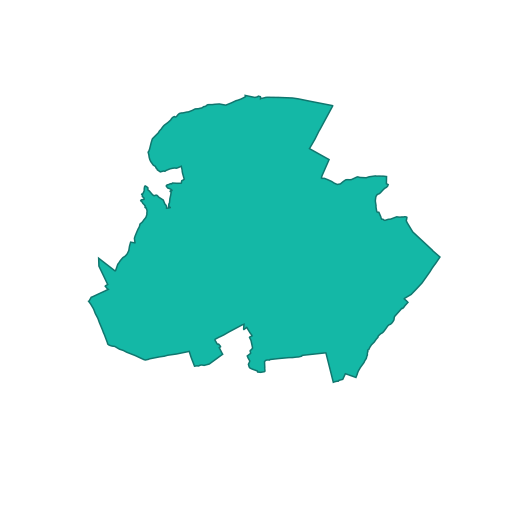 outline of Mihai Bravu, Tulcea, Romania, rotated 41°
{"feature_id": "2599482B59610234858680", "entity_name": "Mihai Bravu", "entity_type": "district", "adm_level": 2, "iso_a3": "ROU", "parent_name": "Romania", "parent_adm1": "Tulcea", "projection": "albers", "projection_center": [28.649, 44.954], "detail": "fine", "context": "isolated", "style": "filled", "palette": "teal", "viewbox_px": 512, "rotation_deg": 41, "n_neighbors": 0, "source": "geoboundaries", "source_scale": "gbopen_adm2", "svg_char_len": 6131}
<svg xmlns="http://www.w3.org/2000/svg" viewBox="0 0 512 512"><g transform="rotate(41 256 256)"><path d="M411.1,282.1L409.9,278.7L409.4,277.7L408.7,275.7L407.9,271.5L407.5,266.7L407.4,265.6L406.8,263.6L406.5,261.1L405.3,258.7L405.0,257.6L404.0,256.6L403.5,255.7L403.1,254.7L402.8,254.7L402.2,253.8L402.1,253.5L402.5,252.6L401.9,250.7L401.4,247.4L401.7,243.3L401.3,239.8L401.4,237.6L401.2,237.0L400.8,236.6L400.8,235.6L401.1,232.8L401.6,231.7L401.9,230.2L401.9,228.6L401.7,226.0L401.3,222.3L401.5,220.7L402.2,219.4L402.4,218.5L402.5,217.6L402.4,215.8L402.1,214.0L401.7,213.2L400.8,211.9L400.3,210.8L400.4,199.8L401.1,199.4L401.2,197.4L401.0,195.9L401.1,191.3L399.0,191.1L396.0,191.1L396.0,190.1L398.3,183.3L398.7,176.1L399.0,167.6L397.6,153.7L396.9,149.5L396.5,145.3L396.5,144.3L395.5,136.1L385.9,136.1L385.2,135.9L358.5,135.0L347.6,131.5L347.6,131.4L346.2,130.8L345.5,129.3L344.5,127.8L343.9,127.9L342.9,128.5L342.4,128.9L341.6,129.9L340.3,131.0L339.6,131.8L338.6,132.7L336.5,134.1L333.3,140.0L331.7,141.6L330.0,144.5L329.2,144.9L327.6,145.0L326.7,145.8L325.2,145.1L324.4,144.5L320.1,142.4L319.8,142.5L318.9,143.3L318.3,143.3L317.8,143.1L314.4,140.3L313.5,139.2L310.4,136.6L309.5,135.6L307.4,132.4L307.4,131.4L307.1,130.2L307.4,129.5L308.0,128.4L308.2,127.9L308.4,126.6L308.5,123.1L308.7,120.6L309.4,118.6L309.5,116.9L308.9,115.4L307.0,115.9L302.4,110.4L300.0,112.0L295.9,115.4L294.8,116.5L293.6,117.2L289.4,122.0L287.8,124.7L282.8,128.6L280.9,129.5L280.4,130.1L277.9,135.7L276.9,136.8L274.9,138.4L273.9,139.4L273.3,141.2L272.9,143.0L272.4,146.2L270.4,148.7L267.2,149.7L264.2,150.1L260.5,151.2L256.7,152.5L254.9,154.1L254.2,154.2L253.2,152.3L247.9,135.3L225.9,139.9L223.8,129.0L221.6,120.6L221.2,118.3L215.5,92.7L215.3,92.3L214.9,92.4L194.8,104.0L184.9,109.6L179.9,112.8L169.4,121.2L160.5,128.7L159.4,129.8L157.4,132.7L156.3,133.8L156.2,134.3L155.4,133.3L154.8,132.9L152.9,133.8L152.6,135.1L151.1,137.1L142.5,141.9L143.5,142.8L142.7,145.0L141.7,147.4L140.1,150.3L139.0,151.9L137.0,156.5L134.2,162.0L128.6,165.3L125.2,168.7L123.7,170.4L121.4,172.4L120.4,173.4L120.0,174.3L119.7,176.2L118.6,177.5L117.9,180.0L116.9,181.1L116.1,182.4L113.6,184.9L112.3,188.1L110.3,191.9L109.6,192.4L106.8,196.2L106.3,196.5L105.1,198.0L104.7,198.7L104.5,199.7L104.4,201.0L104.5,202.1L104.4,202.9L104.3,203.6L103.7,204.2L102.9,204.3L102.4,205.4L102.2,206.2L102.1,207.6L102.4,209.4L101.9,213.3L101.0,217.3L100.9,218.9L101.0,220.9L101.2,222.0L101.1,225.2L101.5,227.0L100.9,235.3L101.1,236.0L102.6,239.4L105.5,245.0L106.3,247.1L106.7,248.4L106.6,248.5L108.8,250.0L110.5,251.5L112.6,252.9L114.6,253.8L118.9,254.8L121.2,254.4L122.1,254.7L122.6,255.1L124.3,255.3L125.0,255.7L128.6,255.3L130.5,252.5L131.7,251.8L132.0,250.5L133.2,248.1L133.9,246.7L135.2,244.9L136.7,243.1L138.4,241.9L139.1,240.7L140.7,237.3L144.0,239.7L144.5,240.3L146.1,241.6L151.4,245.1L151.3,246.0L150.6,247.9L150.9,248.6L151.7,249.7L151.8,249.9L151.6,250.4L148.5,253.1L145.1,255.7L145.0,256.1L145.0,256.9L144.3,257.3L143.5,258.5L143.4,259.1L142.4,260.5L142.2,261.0L142.2,261.8L142.6,262.2L144.1,262.5L144.5,262.4L145.0,262.6L146.2,262.0L148.0,261.5L149.4,261.5L149.6,261.7L149.5,262.0L148.8,262.7L148.7,263.1L148.7,263.4L148.9,263.6L150.1,263.5L150.3,263.7L150.7,264.5L151.5,265.7L153.4,269.2L155.6,272.3L156.1,273.3L156.1,273.8L156.3,273.8L156.4,274.3L156.9,275.0L157.2,275.1L157.3,275.6L157.6,275.9L157.7,275.7L157.9,275.6L158.3,275.9L158.7,275.8L158.9,276.2L159.1,275.7L159.4,275.6L159.5,275.7L157.7,278.1L157.1,278.6L156.4,277.7L155.7,277.1L154.1,276.6L153.2,276.6L149.3,274.6L143.9,275.4L142.6,275.2L141.3,275.2L140.6,275.7L139.5,277.4L138.3,277.6L136.7,277.5L132.9,276.9L131.2,277.0L130.8,276.8L129.8,275.6L129.4,275.4L127.7,275.5L126.4,275.8L126.3,276.1L126.4,276.7L127.3,278.3L128.8,280.1L129.1,280.9L129.8,283.7L129.2,284.1L129.2,284.3L129.3,284.5L130.1,284.4L131.1,285.6L131.4,285.7L133.0,285.6L134.1,286.3L134.3,286.5L134.3,286.9L134.2,287.1L133.2,288.0L132.6,288.9L132.6,289.5L132.7,289.9L133.1,290.0L133.6,289.7L136.1,290.5L138.4,290.7L138.9,290.9L139.4,290.8L140.4,292.1L141.0,291.7L141.3,291.7L141.6,292.1L142.5,292.3L144.2,293.4L145.6,295.4L146.3,296.0L147.4,298.6L147.6,299.6L147.7,303.0L147.9,303.9L147.9,305.4L147.5,307.8L147.6,308.3L148.0,308.8L148.9,310.9L149.3,313.0L150.3,316.2L151.6,320.0L152.3,321.7L152.7,322.5L153.7,323.4L156.0,325.4L156.0,325.5L155.1,326.1L152.3,327.8L154.1,331.6L156.4,335.3L157.4,338.9L157.4,341.4L157.2,342.8L156.8,343.7L156.6,344.8L156.6,345.7L156.6,347.5L156.7,349.3L157.0,350.8L157.1,352.9L159.6,359.1L159.6,359.4L159.1,359.8L158.6,359.8L138.7,360.9L144.1,366.7L162.8,374.8L162.0,377.1L162.0,377.7L165.0,378.2L166.4,378.1L159.3,394.2L158.7,395.2L159.6,399.6L159.4,400.0L162.7,400.7L167.2,402.2L168.5,402.7L172.6,404.9L177.6,406.8L181.5,409.0L188.8,412.6L191.1,413.9L193.1,414.8L200.7,418.9L201.8,419.7L203.2,419.7L204.5,419.3L206.5,418.4L208.7,416.9L214.1,415.9L217.9,414.3L221.4,413.5L230.1,410.4L239.2,407.8L240.7,407.1L242.6,404.6L243.1,403.5L249.3,395.5L252.6,391.7L254.4,388.9L260.4,382.0L268.2,371.8L273.4,375.0L281.9,379.5L283.3,377.8L284.8,376.7L285.5,375.1L286.0,374.4L286.6,373.8L288.6,372.6L291.6,368.2L295.3,352.0L294.3,351.7L288.4,349.3L288.8,347.8L288.5,347.5L285.6,347.0L285.1,347.7L284.7,347.8L283.7,347.7L283.0,347.3L280.4,346.5L280.0,346.2L279.8,345.6L281.5,341.1L281.9,340.4L283.5,336.6L285.3,331.3L290.8,317.0L291.7,315.4L294.2,318.8L294.8,319.4L295.1,319.4L295.9,316.0L302.0,317.9L304.7,318.5L305.4,318.9L304.4,321.4L304.5,321.7L307.6,323.0L313.2,327.2L313.9,328.0L313.9,330.3L313.7,330.6L313.7,331.1L313.8,331.5L315.6,332.7L315.8,333.1L315.0,337.2L317.0,338.2L320.2,339.3L320.7,340.5L321.3,342.7L323.1,343.9L324.1,344.4L325.1,344.5L327.2,343.9L332.4,341.9L333.3,342.5L335.8,340.8L338.0,338.1L338.3,337.6L338.3,337.2L338.2,336.9L335.8,334.6L335.8,334.4L331.7,330.1L331.8,328.6L332.0,328.0L332.7,327.1L334.5,325.6L334.4,325.1L334.6,324.8L340.6,318.3L347.4,311.2L350.2,308.7L352.6,306.0L354.4,304.2L356.2,301.6L356.0,300.9L356.3,300.4L371.9,283.6L372.4,283.3L397.2,300.6L397.9,299.3L399.2,297.5L400.3,296.4L400.2,295.4L402.4,292.2L400.7,286.2L411.1,282.1Z" fill="#14b8a6" stroke="#0f766e" stroke-width="1.5"/></g></svg>